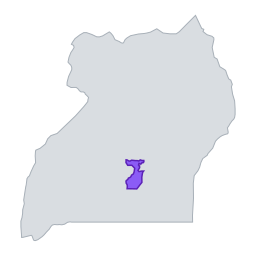 Wakiso highlighted on a map of Uganda
{"feature_id": "UGA-3091", "entity_name": "Wakiso", "entity_type": "District", "adm_level": 1, "iso_a3": "UGA", "parent_name": "Uganda", "parent_adm1": "", "projection": "mercator", "projection_center": [32.452, 0.206], "detail": "fine", "context": "in_parent", "style": "filled", "palette": "violet", "viewbox_px": 256, "rotation_deg": 0, "n_neighbors": 0, "source": "natural_earth", "source_scale": "10m", "svg_char_len": 2965}
<svg xmlns="http://www.w3.org/2000/svg" viewBox="0 0 256 256"><path d="M192.6,222.1L188.3,222.1L181.3,222.1L174.2,222.1L167.2,222.1L160.2,222.1L153.1,222.1L146.1,222.1L139.1,222.1L132.0,222.1L125.0,222.1L118.0,222.1L110.9,222.1L103.9,222.1L96.9,222.1L89.8,222.1L82.8,222.1L75.8,222.1L71.6,222.1L70.8,222.0L70.2,221.8L67.5,222.3L64.8,224.1L61.9,224.8L58.8,224.5L58.4,224.7L56.8,224.7L54.5,224.5L52.4,225.0L50.9,226.5L49.3,229.1L46.4,232.1L44.1,234.8L42.2,236.6L37.8,239.7L35.4,240.6L34.2,240.5L33.5,239.9L32.1,236.0L31.3,235.3L22.7,237.4L21.5,237.4L21.6,236.2L20.9,226.8L20.9,221.1L22.0,217.6L22.6,213.5L22.7,209.8L24.3,203.7L23.7,200.0L25.7,187.0L26.2,184.9L27.0,178.6L28.3,176.7L29.4,175.9L30.9,172.0L33.7,165.9L35.6,162.7L35.2,155.8L35.5,151.1L35.9,150.1L40.1,148.3L45.4,144.0L47.7,138.8L50.9,135.6L57.1,133.5L75.5,115.9L84.0,106.4L87.8,101.6L87.9,99.8L88.6,97.5L87.1,95.8L85.3,94.1L84.7,92.6L83.2,91.9L81.0,91.9L79.5,90.8L77.9,88.7L76.2,87.4L71.0,87.5L67.0,85.3L67.1,82.3L68.6,76.5L71.7,69.8L71.8,67.9L71.4,66.4L70.7,65.0L69.3,63.7L68.0,62.1L69.0,57.3L70.9,52.5L72.5,50.2L74.1,47.5L73.6,45.4L71.4,44.3L72.5,42.2L75.0,38.6L79.7,35.0L83.8,32.6L86.5,32.6L91.9,34.5L96.7,36.8L99.4,36.9L102.6,35.9L109.3,31.9L110.9,33.2L112.9,35.6L115.0,39.7L119.2,41.5L121.2,42.8L122.7,43.1L123.5,42.8L125.1,39.6L127.0,37.9L130.6,35.7L138.5,34.0L144.1,33.5L146.5,33.1L150.5,32.1L156.8,28.8L163.0,33.0L169.7,33.8L176.2,33.8L178.2,32.5L179.4,31.6L186.2,24.7L195.5,15.4L201.7,28.5L203.8,29.3L203.5,30.4L203.0,31.5L207.0,34.7L212.0,36.3L213.8,37.9L213.9,39.7L212.2,47.4L212.6,49.6L214.2,57.3L217.1,59.0L219.8,66.7L225.1,70.0L225.8,70.9L227.0,74.7L228.7,78.8L229.9,79.7L230.7,80.0L232.3,84.3L231.4,86.8L232.6,94.2L234.6,100.9L235.1,108.8L235.1,112.3L235.1,114.4L234.6,117.5L233.7,119.2L232.0,120.9L230.1,123.6L228.5,126.4L227.4,127.8L228.2,132.1L228.0,133.2L227.6,133.8L225.2,134.4L222.1,135.6L220.3,136.7L217.6,138.9L215.5,141.2L212.7,148.2L208.0,153.5L207.2,155.3L202.8,158.5L200.9,162.5L199.6,167.3L197.9,170.8L194.2,175.6L193.3,183.2L193.5,198.2L192.5,215.4L192.6,222.1Z" fill="#d9dde1" stroke="#a8b0b8" stroke-width="1"/><path d="M127.7,165.3L126.0,162.6L126.1,159.8L127.3,160.0L128.3,160.7L129.3,161.1L130.4,160.9L131.0,160.5L131.6,160.2L135.3,160.6L137.3,160.6L138.7,161.0L140.3,159.9L142.0,160.5L143.8,160.5L143.9,161.6L143.4,162.6L142.6,162.6L141.8,162.9L141.5,163.6L140.9,164.0L140.2,164.1L139.7,163.6L139.0,163.4L138.5,165.0L138.9,165.5L139.5,165.9L139.3,166.2L139.3,166.6L139.6,166.8L139.7,167.1L139.4,168.2L138.9,168.9L138.0,170.5L139.0,171.6L141.3,171.1L143.6,171.1L142.7,172.3L142.3,174.0L141.8,177.2L141.9,182.4L139.8,185.0L138.0,187.4L136.8,188.9L132.6,188.8L127.1,188.7L127.3,186.7L127.2,184.8L126.2,183.2L126.0,181.3L126.3,180.5L127.1,180.0L127.9,179.3L128.3,178.2L129.0,177.8L129.9,177.5L130.7,176.9L131.2,176.0L131.5,175.2L132.1,174.7L133.0,174.3L133.5,173.5L134.1,172.0L134.7,168.2L131.9,165.3L127.7,165.3Z" fill="#8b5cf6" stroke="#5b21b6" stroke-width="1.5"/></svg>